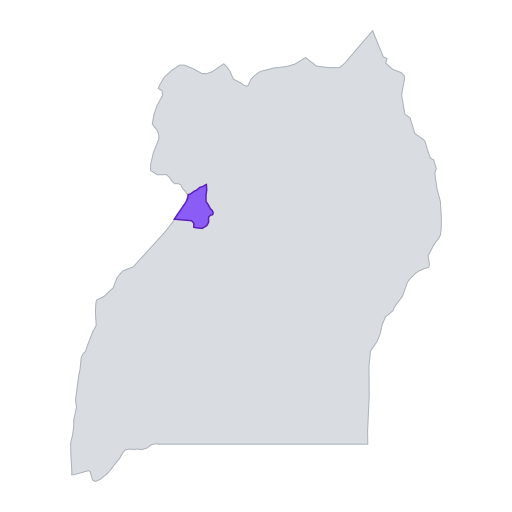 location of Buliisa within Uganda
{"feature_id": "UGA-3082", "entity_name": "Buliisa", "entity_type": "County", "adm_level": 1, "iso_a3": "UGA", "parent_name": "Uganda", "parent_adm1": "", "projection": "natural_earth1", "projection_center": [31.416, 2.001], "detail": "fine", "context": "in_parent", "style": "filled", "palette": "violet", "viewbox_px": 512, "rotation_deg": 0, "n_neighbors": 0, "source": "natural_earth", "source_scale": "10m", "svg_char_len": 2679}
<svg xmlns="http://www.w3.org/2000/svg" viewBox="0 0 512 512"><path d="M367.8,444.2L360.3,444.2L348.2,444.2L336.0,444.2L323.8,444.2L311.7,444.2L299.5,444.2L287.3,444.2L275.2,444.2L263.0,444.2L250.8,444.2L238.7,444.2L226.5,444.2L214.3,444.2L202.2,444.2L190.0,444.2L177.8,444.2L165.6,444.2L158.5,444.2L157.0,444.0L156.0,443.7L151.4,444.7L146.7,448.1L141.6,449.6L136.2,449.0L135.5,449.4L132.8,449.3L128.9,449.1L125.3,450.0L122.6,453.0L119.8,458.2L114.8,464.2L110.9,469.5L107.6,473.3L100.0,479.5L95.9,481.3L93.8,481.0L92.5,479.8L90.2,471.9L88.7,470.6L73.9,474.7L71.7,474.8L71.9,472.3L70.8,453.7L70.7,442.3L72.6,435.1L73.7,426.9L73.8,419.6L76.5,407.3L75.5,399.9L79.0,373.9L80.0,369.7L81.3,357.1L83.5,353.2L85.4,351.7L88.0,344.0L92.8,331.7L96.2,325.4L95.4,311.5L96.0,302.1L96.7,300.0L103.9,296.5L113.2,287.8L117.1,277.6L122.6,271.0L133.3,266.8L165.2,231.7L180.0,212.7L186.4,203.0L186.6,199.5L187.8,195.0L185.3,191.4L182.2,188.1L181.2,185.2L178.5,183.7L174.7,183.7L172.2,181.6L169.3,177.3L166.5,174.6L157.5,174.8L150.5,170.5L150.6,164.5L153.3,152.9L158.6,139.5L158.9,135.8L158.1,132.6L156.9,129.9L154.5,127.2L152.3,124.0L154.0,114.4L157.3,105.0L160.0,100.3L162.7,95.0L161.9,90.6L158.1,88.5L160.1,84.3L164.3,77.1L172.4,69.9L179.5,65.1L184.3,65.1L193.6,68.9L201.9,73.5L206.5,73.7L212.1,71.8L223.7,63.8L226.5,66.3L229.9,71.2L233.5,79.2L240.8,82.9L244.3,85.4L246.8,86.2L248.2,85.5L251.0,79.2L254.3,75.8L260.5,71.4L274.1,68.0L283.8,66.9L287.9,66.2L294.8,64.1L305.7,57.6L316.4,66.0L328.1,67.6L339.4,67.6L342.8,65.0L344.8,63.1L356.6,49.3L372.6,30.7L383.3,56.9L387.0,58.5L386.5,60.8L385.6,63.0L392.6,69.3L401.2,72.6L404.3,75.8L404.5,79.3L401.6,94.7L402.2,99.0L405.0,114.4L410.1,117.9L414.7,133.3L423.8,139.9L425.2,141.8L427.3,149.3L430.1,157.5L432.3,159.4L433.6,159.8L436.3,168.6L434.8,173.4L436.9,188.3L440.4,201.6L441.3,217.5L441.3,224.5L441.2,228.7L440.5,234.8L438.8,238.3L435.9,241.7L432.6,247.0L429.8,252.7L428.0,255.5L429.4,264.1L429.1,266.4L428.3,267.4L424.1,268.8L418.8,271.0L415.6,273.3L411.0,277.7L407.4,282.4L402.5,296.2L394.4,307.0L393.1,310.5L385.4,317.0L382.1,324.9L379.9,334.6L377.0,341.6L370.5,351.1L369.0,366.2L369.2,396.4L367.6,430.7L367.8,444.2Z" fill="#d9dde1" stroke="#a8b0b8" stroke-width="1"/><path d="M174.3,219.2L175.7,217.1L177.2,214.8L181.6,208.4L185.7,202.5L187.7,198.4L188.3,194.5L190.2,194.2L192.7,192.3L194.1,191.3L194.5,191.0L196.4,190.3L199.8,187.4L203.1,186.4L205.4,184.9L206.4,184.5L206.7,190.0L206.0,195.3L206.0,201.4L208.3,204.8L210.3,208.6L212.3,210.5L213.2,212.8L212.6,214.7L210.6,215.1L208.6,217.0L208.6,222.3L206.7,225.7L202.1,228.4L197.8,228.0L193.8,227.3L193.8,223.1L191.5,220.7L174.3,219.2Z" fill="#8b5cf6" stroke="#5b21b6" stroke-width="1.5"/></svg>